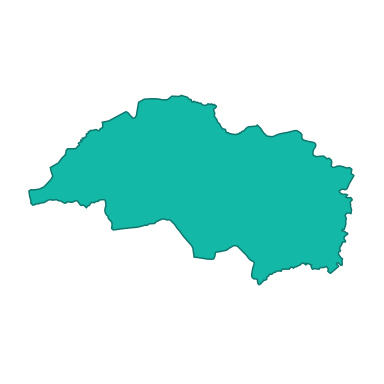 Ngandajika, Kasaï-Oriental, Democratic Republic of the Congo (Albers equal-area conic projection), rotated 176°
{"feature_id": "63176286B5322857834849", "entity_name": "Ngandajika", "entity_type": "district", "adm_level": 2, "iso_a3": "COD", "parent_name": "Democratic Republic of the Congo", "parent_adm1": "Kasaï-Oriental", "projection": "albers", "projection_center": [24.204, -6.701], "detail": "fine", "context": "isolated", "style": "filled", "palette": "teal", "viewbox_px": 384, "rotation_deg": 176, "n_neighbors": 0, "source": "geoboundaries", "source_scale": "gbopen_adm2", "svg_char_len": 5173}
<svg xmlns="http://www.w3.org/2000/svg" viewBox="0 0 384 384"><g transform="rotate(176 192 192)"><path d="M127.5,97.8L126.7,99.1L125.3,98.8L123.4,99.9L123.5,101.6L121.1,103.2L120.6,104.6L118.1,104.4L115.9,106.1L114.4,106.1L113.1,107.2L110.1,107.1L109.7,107.0L108.7,106.7L107.3,108.7L107.0,108.7L100.3,108.3L98.7,110.0L97.4,110.0L96.1,109.0L94.7,110.1L93.6,110.0L89.0,111.8L87.3,113.3L86.7,113.4L85.3,112.9L83.5,111.4L83.1,111.8L83.2,112.9L82.1,112.3L80.4,112.3L79.2,111.3L77.8,110.9L77.9,110.7L78.4,109.8L77.6,107.0L77.2,106.6L74.8,107.0L70.8,106.0L69.5,107.6L66.2,107.5L65.6,107.5L63.7,108.3L63.0,108.1L62.1,106.9L61.4,105.5L62.0,103.5L60.5,101.8L59.4,101.3L51.0,107.5L51.2,108.4L52.6,109.5L52.9,110.4L52.4,111.1L50.8,111.0L48.6,108.5L47.7,108.4L47.2,109.3L47.1,113.5L46.5,114.7L48.4,116.5L50.2,119.9L50.2,120.3L50.2,120.9L49.7,122.1L48.4,122.4L48.0,123.2L48.7,124.8L48.0,127.4L46.9,128.1L46.4,129.7L45.8,130.0L45.3,131.6L42.5,131.5L42.3,132.6L43.5,134.3L43.6,135.4L43.1,136.7L41.2,138.4L40.7,138.4L39.5,139.4L39.9,140.2L41.6,140.7L42.2,141.9L44.8,142.7L45.1,143.4L44.6,143.7L44.2,144.1L42.8,144.1L41.2,147.9L40.7,149.9L40.8,151.7L39.9,155.1L41.0,157.6L40.0,159.3L38.7,160.2L36.9,160.1L34.9,159.4L34.1,163.0L34.9,166.8L34.6,168.7L35.0,170.2L34.6,171.3L32.7,173.0L33.6,174.9L34.5,175.4L37.4,175.4L38.9,176.2L37.1,178.3L38.2,178.9L41.7,179.2L43.1,179.8L44.5,181.2L45.0,182.7L44.6,183.0L42.8,184.1L41.3,184.4L39.4,183.6L37.9,184.0L36.8,185.0L34.5,189.5L29.4,196.9L29.7,197.5L30.3,198.0L32.0,199.2L31.0,203.5L33.1,205.4L34.8,205.2L36.2,205.3L37.4,205.7L39.3,206.6L40.7,207.1L43.2,207.7L45.6,207.6L46.7,207.1L48.0,206.7L49.3,206.7L50.4,207.1L51.5,208.4L51.1,209.3L50.8,210.6L50.5,212.6L50.9,214.1L52.9,216.2L54.5,215.9L55.2,215.8L56.7,217.3L57.5,218.0L58.3,218.7L59.5,218.7L65.7,218.6L66.4,219.1L68.5,220.3L68.7,221.5L68.6,222.5L68.5,223.7L67.9,225.4L67.1,226.8L65.9,228.1L65.2,230.3L65.6,231.6L67.0,232.9L70.6,233.9L72.6,234.4L75.2,235.3L77.1,236.1L78.2,237.1L78.6,238.4L78.6,239.9L78.4,241.7L79.8,243.6L83.0,245.9L85.3,246.1L87.6,245.6L89.9,245.3L92.1,244.8L95.4,244.5L100.2,243.9L103.3,243.1L105.4,242.3L107.9,241.5L113.2,242.5L116.6,246.2L119.0,250.6L122.2,254.2L123.8,253.2L126.0,253.2L131.2,253.1L133.4,251.9L136.2,249.2L137.9,249.0L139.4,247.5L140.0,247.8L140.1,247.7L141.3,246.7L142.6,246.8L143.0,246.6L143.6,246.3L146.0,246.5L150.8,247.7L151.3,248.5L153.5,248.9L154.4,252.1L157.2,253.0L158.9,255.7L159.7,258.1L161.5,259.7L162.0,262.1L164.4,266.1L164.2,267.3L163.8,269.1L164.6,271.2L164.6,271.3L164.5,272.7L164.0,273.7L163.1,273.9L162.2,274.7L161.7,275.9L163.7,277.8L165.2,277.2L165.6,278.1L166.5,278.5L168.1,278.0L169.0,278.7L170.3,278.7L171.4,277.7L172.7,277.5L174.8,277.9L176.2,278.8L176.8,280.0L178.3,279.9L180.3,281.2L181.7,280.9L183.1,282.2L184.1,282.3L184.5,281.9L184.9,281.7L185.7,281.9L186.2,282.6L186.5,284.3L188.3,284.6L189.1,285.7L189.9,286.8L196.0,289.1L197.2,288.6L198.1,288.2L205.3,289.0L210.1,285.8L214.5,285.9L219.3,287.2L224.8,287.8L230.0,287.9L233.2,287.9L237.3,286.0L239.0,285.2L242.2,272.1L243.3,270.5L244.3,269.8L245.7,269.8L247.9,272.2L250.5,275.7L252.3,276.7L270.1,268.7L276.7,267.8L276.3,266.5L276.6,262.5L279.0,261.6L279.8,260.4L280.0,259.9L281.3,259.8L283.4,261.0L287.2,260.3L289.2,260.5L290.4,259.2L291.2,259.2L291.4,257.8L293.1,257.4L293.5,256.6L293.3,255.1L294.5,253.9L295.8,253.9L296.3,253.2L297.6,253.3L297.3,251.8L299.2,251.6L299.4,251.1L298.7,250.0L301.4,249.0L301.9,248.4L301.0,246.8L301.2,246.6L301.6,246.1L302.8,245.6L305.0,243.3L312.6,243.8L313.7,243.4L314.5,242.5L315.3,239.2L316.2,237.6L319.6,234.7L323.4,230.2L328.3,227.9L331.6,226.3L331.2,223.1L329.8,217.5L331.8,214.4L339.2,207.5L344.3,205.5L349.2,205.2L353.0,205.4L354.6,204.3L354.2,198.7L353.3,194.6L353.5,192.8L353.6,192.3L351.8,190.0L349.5,190.3L347.5,191.3L346.3,190.8L344.2,191.5L340.2,191.8L335.7,194.1L333.8,194.2L331.6,193.6L327.6,193.8L325.6,192.5L323.9,192.4L319.9,189.7L318.8,189.7L317.6,190.6L316.0,190.9L313.7,190.2L311.7,190.2L309.1,191.4L307.5,191.3L306.3,190.1L304.5,187.1L303.4,186.3L301.0,186.5L298.5,183.7L298.0,184.2L296.8,185.5L295.5,185.7L293.3,188.5L290.0,188.2L288.8,189.1L286.1,189.3L284.4,190.6L280.1,190.5L279.1,189.6L278.7,185.1L280.1,180.6L280.2,178.9L279.8,176.9L279.0,175.2L277.6,173.9L277.3,171.5L274.1,167.4L274.0,165.1L274.7,161.1L273.1,159.6L270.1,159.8L264.4,160.2L257.9,160.5L252.5,160.6L248.2,160.8L242.3,161.9L241.7,162.3L240.0,161.9L238.5,162.2L237.1,163.2L231.5,163.2L230.0,164.7L223.8,167.1L221.0,166.9L219.0,165.8L216.7,165.9L215.8,165.6L211.8,161.1L210.4,158.8L209.2,156.7L206.8,153.6L205.6,151.5L203.6,148.4L200.1,143.7L196.1,138.5L195.0,135.8L194.8,132.2L194.6,130.2L194.5,126.9L191.6,126.4L185.4,125.0L181.8,124.1L178.7,123.7L175.5,123.6L174.6,124.4L173.6,126.6L173.1,129.3L171.9,130.5L169.7,130.4L164.8,131.1L162.6,131.3L160.9,131.9L158.9,133.3L157.0,134.2L154.7,135.3L152.7,135.6L150.3,134.6L147.7,131.6L145.3,128.7L142.2,125.3L140.5,122.5L139.1,120.7L137.9,119.6L135.7,118.4L134.9,117.2L135.2,115.4L136.1,113.3L136.7,111.7L137.8,107.5L138.3,104.8L138.2,103.1L137.3,101.9L136.3,101.0L133.3,100.7L132.8,99.0L132.8,97.2L132.5,95.9L131.7,94.9L130.7,95.1L127.5,97.8Z" fill="#14b8a6" stroke="#0f766e" stroke-width="1.5"/></g></svg>